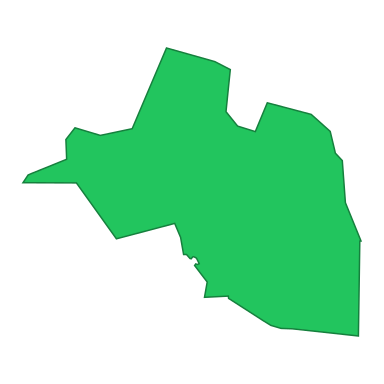 Sinkat, Red Sea, Sudan (orthographic projection)
{"feature_id": "16777658B46905215541980", "entity_name": "Sinkat", "entity_type": "district", "adm_level": 2, "iso_a3": "SDN", "parent_name": "Sudan", "parent_adm1": "Red Sea", "projection": "orthographic", "projection_center": [36.565, 18.905], "detail": "fine", "context": "isolated", "style": "filled", "palette": "green", "viewbox_px": 384, "rotation_deg": 0, "n_neighbors": 0, "source": "geoboundaries", "source_scale": "gbopen_adm2", "svg_char_len": 755}
<svg xmlns="http://www.w3.org/2000/svg" viewBox="0 0 384 384"><path d="M23.0,182.7L76.4,182.9L116.4,238.8L174.7,223.4L180.6,237.4L183.6,254.5L186.5,254.5L190.0,258.5L191.2,258.8L192.6,257.0L193.6,256.7L195.9,257.7L196.9,259.0L199.2,263.7L197.3,264.5L195.8,263.9L194.6,265.5L201.3,274.3L207.2,282.0L204.5,297.3L228.3,296.1L228.6,298.4L263.4,320.8L270.9,325.4L281.1,328.4L292.2,328.8L358.4,336.0L359.8,241.1L361.0,241.0L345.4,202.7L342.3,160.6L335.3,153.1L334.9,151.1L330.2,131.4L311.2,114.4L282.8,106.9L267.3,102.8L255.3,131.6L237.6,126.1L226.0,111.7L228.0,91.8L230.3,69.6L214.8,61.6L166.5,48.0L132.2,128.7L100.3,135.4L75.0,127.8L65.9,139.5L66.6,157.8L66.6,159.3L32.0,173.3L28.1,175.0L23.0,182.7Z" fill="#22c55e" stroke="#15803d" stroke-width="1.5"/></svg>